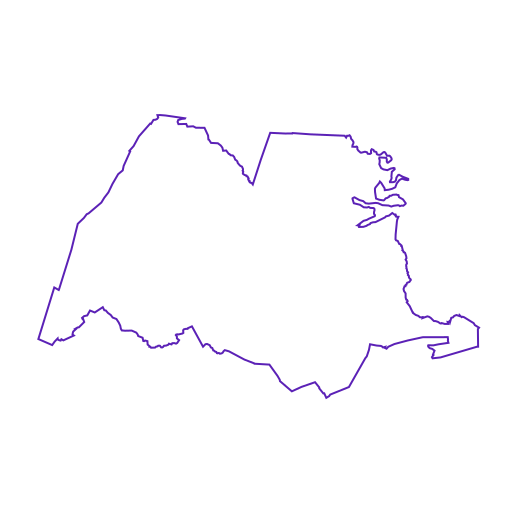 the district of Epitacio Huerta, Michoacán, Mexico, rotated 268°
{"feature_id": "50627088B38339693807546", "entity_name": "Epitacio Huerta", "entity_type": "district", "adm_level": 2, "iso_a3": "MEX", "parent_name": "Mexico", "parent_adm1": "Michoacán", "projection": "albers", "projection_center": [-100.284, 20.143], "detail": "fine", "context": "isolated", "style": "outline", "palette": "violet", "viewbox_px": 512, "rotation_deg": 268, "n_neighbors": 0, "source": "geoboundaries", "source_scale": "gbopen_adm2", "svg_char_len": 6133}
<svg xmlns="http://www.w3.org/2000/svg" viewBox="0 0 512 512"><g transform="rotate(268 256 256)"><path d="M157.6,473.6L157.6,474.8L175.2,475.2L176.6,476.4L179.3,472.3L181.3,471.2L187.5,461.9L188.1,460.4L187.7,459.4L189.8,457.4L188.9,457.2L190.0,454.3L189.2,452.0L187.8,450.7L187.4,449.0L182.8,447.5L184.1,447.0L183.2,446.0L183.4,445.2L181.4,445.7L181.5,442.3L182.5,439.2L182.1,438.7L182.2,437.8L183.8,435.6L184.7,433.1L184.8,431.5L188.0,428.5L189.2,426.8L189.7,425.1L188.2,420.5L189.1,420.9L189.2,420.5L188.9,419.5L189.1,417.6L190.5,416.2L191.5,413.6L193.2,411.4L194.0,411.0L193.9,410.7L200.5,407.9L204.5,405.0L205.6,406.0L207.0,405.3L207.2,404.6L209.2,404.1L213.4,404.2L215.8,402.7L217.9,402.3L220.6,403.4L220.6,404.3L221.8,404.5L222.1,405.4L223.3,405.7L224.0,406.2L224.7,408.4L226.7,409.9L227.5,409.6L228.1,408.8L229.3,408.1L230.7,408.1L231.6,407.2L232.1,407.4L233.5,406.8L234.4,407.4L235.4,406.5L237.7,406.3L238.4,405.8L239.8,406.0L240.7,405.7L242.3,405.9L243.1,406.6L245.4,406.4L247.2,405.4L248.5,406.3L250.5,406.1L253.9,405.1L254.6,404.3L254.6,403.7L255.5,403.5L256.5,402.6L256.7,402.9L260.9,402.0L261.0,401.5L261.6,401.6L262.9,400.3L263.0,399.6L266.1,398.2L266.8,396.5L267.8,396.0L272.6,396.3L285.4,398.0L287.4,398.4L290.2,399.7L290.4,397.4L291.4,396.8L291.9,397.2L292.6,396.9L292.4,396.0L294.2,393.7L291.7,390.3L291.1,387.3L290.1,386.3L285.7,376.6L285.6,374.1L284.9,371.6L283.9,371.0L283.0,368.4L282.3,367.6L281.4,364.3L281.4,359.9L281.8,359.7L283.0,360.4L283.2,358.7L287.4,364.7L288.2,368.0L289.3,370.1L291.6,376.0L292.1,376.3L293.0,376.2L294.0,375.4L295.8,375.5L297.8,376.1L299.2,375.9L299.8,375.2L300.1,371.8L301.1,370.4L300.6,368.7L300.9,365.4L303.6,361.6L305.3,355.6L309.8,354.4L310.3,354.5L310.9,355.6L311.2,356.5L308.3,361.3L307.1,365.1L304.9,367.4L304.4,370.5L304.9,377.4L304.5,379.9L302.4,384.1L301.8,390.3L300.7,392.9L301.4,395.4L301.8,399.7L301.5,400.7L300.8,401.5L301.3,403.1L301.1,405.0L302.8,407.2L303.5,407.5L307.5,404.8L309.8,401.0L311.9,400.5L312.0,399.4L312.5,398.6L312.4,394.9L311.5,393.2L311.5,391.6L310.6,391.2L309.4,389.0L309.1,387.6L307.3,386.0L307.1,385.4L307.9,381.2L309.2,378.0L315.8,377.2L319.0,377.2L320.2,377.7L324.7,381.7L326.1,382.4L324.7,383.7L319.1,386.9L317.3,387.0L317.6,390.8L318.4,394.4L319.8,397.6L323.6,399.2L326.9,402.0L328.2,404.5L327.0,407.7L326.5,410.2L326.7,410.8L327.8,410.8L330.1,405.4L332.2,401.8L332.0,401.0L329.5,399.1L326.8,398.5L325.4,397.3L325.0,395.6L325.1,392.5L325.7,392.4L327.6,393.7L329.3,394.3L330.8,394.1L335.4,394.7L337.8,397.6L338.9,397.5L339.2,396.8L338.7,393.7L337.2,390.3L338.1,386.4L339.5,384.1L343.5,382.4L345.0,382.8L347.3,383.0L349.0,382.5L350.2,382.8L349.6,389.5L348.0,390.1L345.7,390.0L344.7,390.6L344.7,391.3L347.0,394.5L348.1,395.0L349.5,394.6L351.2,393.4L351.6,392.8L351.6,390.5L354.8,388.8L355.4,388.1L355.3,387.0L353.3,384.5L352.8,383.4L352.8,382.4L353.2,380.8L353.7,380.3L355.5,380.0L356.0,379.3L356.3,377.8L357.9,377.1L358.7,375.4L357.6,374.6L354.7,374.6L354.0,373.4L354.3,371.2L355.8,370.5L356.4,368.5L355.6,365.0L355.7,364.1L357.9,361.8L359.3,361.0L360.9,361.1L361.6,360.8L361.9,360.3L361.6,359.1L361.9,356.1L363.4,356.3L365.0,357.2L366.4,357.4L368.2,356.5L369.7,355.2L372.0,354.7L373.4,353.7L372.9,352.4L373.0,351.2L371.2,350.2L373.1,348.8L375.7,314.6L377.6,296.8L377.2,296.6L377.4,289.3L378.6,274.5L351.9,264.1L327.6,255.3L329.2,254.2L329.4,253.0L330.0,252.3L331.2,252.3L331.5,252.0L331.3,251.6L332.9,250.9L333.6,250.9L333.9,251.3L335.8,250.3L336.0,249.3L336.8,249.2L337.3,247.6L338.4,246.0L339.2,245.7L340.6,246.2L341.7,245.6L342.3,246.0L343.6,246.0L345.8,245.1L346.7,243.4L348.3,242.0L349.8,240.9L351.1,240.7L352.1,239.9L353.0,238.6L355.8,237.6L357.3,236.3L357.6,234.1L358.8,233.1L359.0,232.3L362.5,229.9L362.3,226.8L365.4,226.2L367.6,224.7L370.0,221.8L370.6,215.0L373.8,213.1L374.1,212.5L378.1,212.3L385.9,209.0L386.3,200.4L387.8,197.8L387.7,191.9L390.4,190.9L390.5,183.1L392.8,182.3L394.6,183.0L395.6,186.6L395.8,189.7L396.1,189.9L399.6,170.4L400.2,165.2L400.2,162.4L397.8,163.1L396.5,162.1L395.7,160.3L395.6,158.3L391.7,155.7L392.1,154.9L379.7,143.2L370.1,137.5L365.5,133.1L364.9,133.9L350.7,126.9L346.2,125.8L342.6,121.1L333.1,115.1L324.7,110.7L319.5,106.4L314.8,103.3L304.4,90.1L303.7,88.3L300.0,85.3L294.4,79.0L268.7,71.7L229.3,57.9L228.9,57.7L231.6,53.3L180.6,35.6L174.1,49.2L177.5,51.8L180.5,54.9L179.4,55.0L178.6,56.6L178.3,57.8L179.6,58.6L178.4,60.5L182.9,71.2L184.0,69.9L185.8,70.3L186.9,70.7L189.2,73.4L189.5,72.8L190.8,75.2L190.9,76.5L196.0,82.0L199.5,80.9L199.3,80.4L200.2,80.0L201.9,82.1L202.5,85.3L207.3,88.2L205.2,92.9L210.2,101.1L207.1,102.5L206.8,104.0L204.3,106.0L202.1,108.8L199.5,110.6L197.9,114.3L194.3,116.5L191.1,117.9L188.0,118.4L186.3,119.3L185.9,122.5L185.8,129.2L183.6,133.7L181.7,135.0L180.1,135.5L178.3,139.8L175.0,140.4L174.8,141.2L175.4,142.2L174.7,144.5L171.3,144.6L169.7,146.3L169.0,146.3L169.0,147.2L168.0,147.9L168.0,151.9L168.9,153.0L169.1,154.4L169.7,155.0L169.8,156.1L169.6,156.9L168.0,158.0L167.9,159.1L168.4,160.0L169.5,160.9L169.6,163.0L170.4,165.3L171.4,165.9L170.6,168.5L171.8,169.3L171.8,171.4L171.2,173.0L171.8,174.2L174.6,176.2L176.4,174.1L178.4,174.1L179.8,173.1L180.3,173.5L180.5,174.7L180.3,175.8L181.1,179.8L181.7,180.7L184.3,180.6L185.2,181.3L185.6,183.0L185.6,185.1L186.2,185.3L187.9,189.5L167.2,199.9L169.6,202.4L169.8,204.0L168.5,206.6L166.2,207.7L165.6,209.1L163.1,210.0L162.8,211.0L161.9,211.7L161.5,213.0L160.3,213.5L160.1,213.9L160.4,215.5L159.6,216.5L159.9,218.3L160.6,219.4L162.0,220.3L163.0,221.5L161.7,225.6L152.9,240.8L148.7,250.6L148.4,250.7L147.0,265.6L135.3,273.4L131.5,275.4L130.1,275.6L119.5,287.1L123.6,296.9L127.8,310.6L122.5,314.6L121.5,314.6L116.3,318.5L116.4,319.4L111.8,321.3L113.4,324.2L114.9,325.3L121.8,344.3L150.1,361.7L151.8,363.2L158.2,365.6L163.8,366.9L162.3,373.4L161.8,377.5L161.4,378.5L160.2,379.7L160.7,382.0L159.7,381.5L158.8,383.2L160.7,385.1L163.2,391.3L166.3,404.8L169.0,419.7L168.2,444.8L165.9,445.0L164.5,444.8L162.5,445.3L161.4,435.4L160.5,430.1L160.8,425.1L160.1,424.8L158.9,425.3L157.8,426.5L157.0,428.9L155.2,431.1L151.2,429.4L150.8,429.9L148.8,428.3L147.6,428.9L148.2,436.9L157.6,473.6Z" fill="none" stroke="#5b21b6" stroke-width="2"/></g></svg>